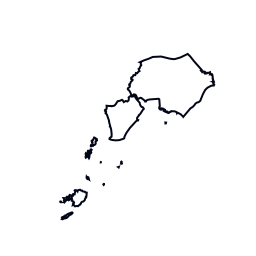 outline of Kayong Utara, Kalimantan Barat, Indonesia, rotated 334°
{"feature_id": "22746128B56151469580770", "entity_name": "Kayong Utara", "entity_type": "district", "adm_level": 2, "iso_a3": "IDN", "parent_name": "Indonesia", "parent_adm1": "Kalimantan Barat", "projection": "orthographic", "projection_center": [109.449, -1.248], "detail": "fine", "context": "isolated", "style": "outline", "palette": "ink", "viewbox_px": 256, "rotation_deg": 334, "n_neighbors": 0, "source": "geoboundaries", "source_scale": "gbopen_adm2", "svg_char_len": 5890}
<svg xmlns="http://www.w3.org/2000/svg" viewBox="0 0 256 256"><g transform="rotate(334 128 128)"><path d="M182.6,142.2L192.8,137.7L195.5,137.4L197.7,136.6L199.4,135.6L201.0,135.4L202.9,135.7L204.9,135.2L210.2,130.4L214.1,127.6L217.2,126.6L221.3,126.5L223.8,127.4L224.2,126.7L224.5,126.7L224.5,126.3L224.1,125.9L224.3,124.6L225.0,124.5L224.8,124.1L225.3,123.7L224.7,123.3L225.3,123.3L225.1,122.9L225.7,121.8L225.6,121.3L226.4,120.3L226.8,120.4L226.1,119.9L226.5,119.4L226.9,118.0L226.4,117.2L227.1,116.9L227.0,116.3L226.0,115.9L226.0,115.4L225.6,115.4L226.0,115.0L225.6,114.2L225.9,113.8L224.3,113.7L223.8,113.3L222.8,113.5L222.1,112.6L221.6,113.1L221.0,112.9L220.8,112.4L222.0,111.8L221.7,111.1L220.7,110.4L219.2,110.4L219.2,109.4L218.5,109.4L218.8,109.3L218.7,108.5L219.2,108.6L219.3,108.1L219.7,108.1L216.6,96.9L215.3,90.9L214.1,87.6L206.2,87.6L200.9,86.7L199.3,86.2L196.1,84.1L189.1,78.3L181.4,75.0L176.8,74.8L171.9,74.2L167.6,74.1L168.4,74.9L167.5,76.0L167.5,77.3L165.7,78.3L164.8,79.3L163.4,79.6L163.3,81.9L161.8,82.0L160.3,82.8L159.2,82.0L157.7,83.7L156.1,82.9L154.9,83.9L153.0,84.1L152.3,85.3L152.6,85.9L153.3,86.3L153.3,86.8L152.6,87.3L150.8,87.7L149.6,89.0L148.2,89.3L147.9,89.9L148.4,90.4L148.0,91.3L147.1,92.0L145.7,92.1L145.0,92.6L144.8,93.2L145.5,94.9L145.7,97.2L145.4,100.1L146.5,100.7L147.8,100.3L148.9,100.9L149.5,101.9L149.4,105.2L150.2,106.4L151.4,106.2L152.4,106.3L153.3,107.0L153.4,107.5L155.1,110.8L155.0,111.7L155.8,112.0L156.2,111.4L157.7,111.3L159.9,111.8L168.4,115.2L168.7,115.9L166.2,122.2L165.8,122.8L165.2,123.0L165.3,123.7L164.7,124.1L164.8,124.7L165.2,124.6L165.3,125.5L165.6,125.5L165.8,125.9L166.8,125.1L167.8,125.7L167.6,127.3L168.1,127.2L168.3,127.6L168.8,127.2L169.3,128.0L168.9,129.2L168.3,129.3L168.7,129.8L169.6,130.0L169.3,130.5L169.6,130.8L169.9,130.4L170.7,130.7L170.8,132.2L171.7,132.3L171.9,132.0L172.4,131.9L173.4,132.2L173.7,131.8L174.3,131.8L177.5,133.7L178.6,135.0L178.5,136.0L178.9,135.7L179.4,136.1L181.4,138.8L182.3,141.4L182.6,141.6L182.6,142.2ZM121.4,100.4L118.5,98.6L117.6,100.7L116.7,101.8L116.3,101.9L115.5,101.6L115.1,101.9L115.5,102.6L115.5,103.4L114.8,103.5L115.0,104.5L114.3,105.0L114.9,106.5L114.1,113.4L113.8,113.7L112.8,118.5L112.4,118.8L112.7,119.1L112.2,122.0L110.6,126.4L109.4,128.6L107.3,128.9L106.5,129.7L107.1,130.6L108.9,132.1L111.7,133.8L115.0,135.1L119.4,135.7L120.1,135.6L121.1,134.2L124.4,131.7L129.7,128.8L138.0,125.5L139.9,125.2L140.4,125.6L140.7,125.3L140.1,124.8L140.0,124.0L140.7,122.8L143.3,121.5L143.4,121.2L144.0,121.2L145.7,120.4L149.5,118.1L150.4,117.9L150.7,117.4L150.4,115.9L149.4,114.9L149.1,113.7L149.2,111.6L149.6,110.4L148.5,106.7L148.0,104.0L148.1,103.0L148.8,102.4L148.6,102.0L146.0,101.8L144.9,101.3L144.0,100.4L143.5,100.4L142.0,100.8L141.5,102.3L140.5,103.5L139.1,103.9L137.8,102.7L135.6,102.9L135.3,100.6L134.9,100.0L132.7,100.0L130.4,99.4L127.1,101.4L125.5,101.9L123.7,101.5L123.3,101.2L122.9,101.3L121.8,100.4L121.4,100.4ZM53.2,160.6L52.6,160.8L52.7,162.3L51.5,163.3L51.0,164.3L50.2,164.2L50.2,163.6L49.9,163.4L48.8,164.8L48.4,164.6L48.5,163.9L47.3,164.4L47.1,163.8L46.6,163.7L46.6,163.4L46.9,163.3L46.3,162.6L45.7,162.9L45.8,163.5L45.2,163.6L45.1,164.2L44.7,164.6L43.8,164.3L42.4,164.7L41.3,165.8L42.0,166.1L42.5,165.8L43.2,165.7L43.4,166.3L42.2,167.1L44.3,166.8L45.4,166.0L46.9,166.2L46.8,166.5L45.9,166.4L45.5,166.7L46.3,168.2L45.6,168.8L46.3,169.7L46.3,170.4L46.8,170.5L46.8,171.5L46.5,171.8L45.6,172.0L45.8,172.6L45.6,172.9L44.9,172.8L44.5,173.2L45.5,173.4L46.0,175.2L48.1,175.7L48.8,176.4L50.3,175.9L51.3,175.9L51.6,175.5L52.5,175.4L53.2,174.5L54.6,174.2L55.8,174.5L57.6,173.8L58.6,172.5L59.8,172.2L60.3,171.6L60.2,171.2L60.8,171.0L62.6,168.0L61.4,167.1L61.4,166.5L59.3,164.9L59.3,164.1L58.2,163.4L57.9,162.5L56.4,162.1L55.6,162.2L55.1,162.7L55.1,162.0L54.6,161.5L53.7,161.8L53.4,161.3L53.6,160.9L53.2,160.6ZM93.4,121.7L91.9,122.9L91.7,123.4L90.7,123.3L90.5,123.7L89.6,123.7L89.3,125.0L89.8,125.2L89.7,125.8L88.7,127.0L88.5,127.7L89.1,127.9L89.2,128.3L89.4,128.1L90.2,128.5L91.4,128.4L92.3,127.6L92.6,126.3L93.6,125.9L93.9,125.3L94.3,125.4L94.2,123.0L94.0,122.3L93.4,121.7ZM36.4,178.9L34.5,179.1L33.5,179.9L33.1,179.3L32.7,179.7L31.8,179.4L31.4,179.9L31.3,179.6L30.6,180.1L30.1,179.3L29.7,179.3L29.3,179.6L29.8,180.2L29.5,180.9L28.9,181.1L29.3,181.4L30.9,181.2L31.4,181.6L33.5,181.9L34.7,181.7L35.5,181.2L37.1,180.7L39.5,180.7L40.6,180.3L41.0,179.9L40.7,179.3L40.3,179.2L36.4,178.9ZM80.6,133.3L80.1,133.4L80.0,136.4L79.5,137.3L79.6,138.1L80.3,137.5L81.3,136.0L81.4,134.7L82.0,134.9L82.6,134.0L82.3,133.7L81.7,133.7L81.3,134.2L80.6,133.3ZM82.0,130.9L81.5,131.4L81.4,132.0L81.9,132.7L82.4,132.8L82.7,133.7L83.3,133.5L83.6,134.3L83.9,134.2L84.3,133.8L84.2,132.5L83.3,131.5L82.0,130.9ZM69.4,155.1L69.3,153.9L68.9,154.5L68.9,155.3L69.4,155.5L69.3,156.1L69.5,156.4L70.2,156.3L70.3,156.8L70.4,157.0L70.8,155.0L70.3,154.4L69.4,155.1ZM79.5,133.3L77.7,134.7L77.5,135.7L77.1,135.7L77.1,136.2L78.2,135.9L78.5,135.2L78.9,135.1L79.8,133.6L79.5,133.3ZM39.8,165.1L38.6,165.2L38.4,166.9L39.8,166.4L39.8,165.1ZM107.5,155.8L107.3,155.3L107.0,155.4L106.7,155.8L106.8,156.4L106.1,157.0L106.7,157.4L107.0,157.3L107.0,157.0L106.8,156.8L107.5,155.8ZM35.7,165.5L35.4,164.5L35.0,164.4L34.7,164.6L34.9,165.2L35.7,165.5ZM79.2,132.1L78.5,132.7L78.5,133.2L79.3,133.0L79.5,132.5L79.2,132.1ZM87.5,127.6L87.2,127.2L86.6,127.8L86.7,128.3L87.5,128.4L87.5,127.6ZM95.1,124.3L94.9,123.7L94.7,123.6L94.5,124.6L94.9,124.9L95.1,124.3ZM164.6,139.8L164.0,139.4L163.6,140.3L164.0,140.5L164.6,139.8ZM81.7,168.3L81.9,167.8L81.6,167.6L81.1,167.9L81.2,168.5L81.7,168.3ZM43.3,163.3L43.1,163.0L42.0,163.4L43.1,163.7L43.3,163.3ZM40.0,163.1L39.3,162.7L39.3,163.2L40.0,163.1ZM102.8,158.9L102.0,158.8L102.3,159.4L102.8,158.9ZM89.3,147.2L88.7,146.7L88.5,147.0L89.3,147.2ZM85.8,131.6L85.7,131.4L85.5,131.7L85.2,131.5L85.2,132.0L85.8,131.6ZM37.2,166.5L37.2,166.1L36.8,166.9L37.2,166.5Z" fill="none" stroke="#020617" stroke-width="2"/></g></svg>